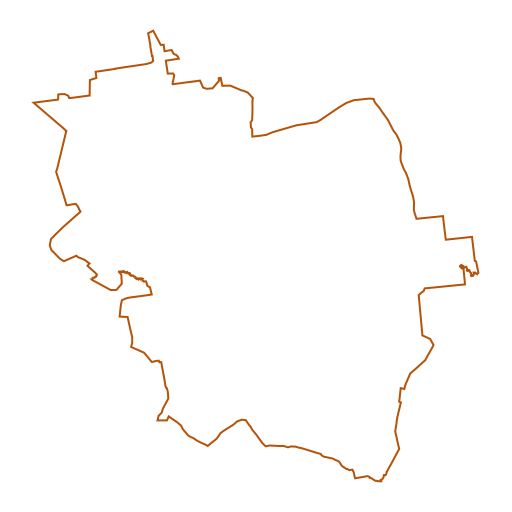 Balgales pag., Talsi, Latvia
{"feature_id": "27541924B95620316130536", "entity_name": "Balgales pag.", "entity_type": "district", "adm_level": 2, "iso_a3": "LVA", "parent_name": "Latvia", "parent_adm1": "Talsi", "projection": "mercator", "projection_center": [22.867, 57.183], "detail": "fine", "context": "isolated", "style": "outline", "palette": "amber", "viewbox_px": 512, "rotation_deg": 0, "n_neighbors": 0, "source": "geoboundaries", "source_scale": "gbopen_adm2", "svg_char_len": 5901}
<svg xmlns="http://www.w3.org/2000/svg" viewBox="0 0 512 512"><path d="M121.9,300.2L120.9,304.8L119.6,316.6L127.6,317.0L130.5,330.2L132.2,336.9L132.2,342.9L131.1,347.0L144.1,352.7L151.8,362.0L156.5,360.9L158.8,360.7L159.4,362.3L161.2,362.1L164.5,379.9L165.3,385.2L166.0,387.6L166.8,388.1L167.8,391.6L168.3,398.6L162.8,408.8L161.7,412.7L158.6,415.8L157.5,420.4L167.0,420.4L168.7,416.4L177.2,422.3L181.2,425.7L182.6,428.8L184.6,431.3L186.1,432.9L187.5,434.9L190.6,437.0L193.2,438.0L196.5,440.3L199.8,442.1L206.6,445.2L207.7,446.0L211.7,442.6L216.0,439.3L217.5,437.6L219.5,434.7L220.3,433.3L223.5,430.9L233.4,424.7L237.0,421.5L241.7,419.7L245.9,420.2L246.8,421.7L248.5,424.2L250.6,426.7L252.2,429.7L256.3,434.7L261.1,441.4L262.8,443.6L265.7,446.3L269.4,445.5L279.2,446.0L283.7,445.9L283.8,446.0L287.9,447.3L291.8,446.3L292.9,446.6L295.5,446.6L297.2,447.2L302.1,448.3L317.2,453.0L320.7,453.9L321.4,455.1L323.8,456.7L329.4,457.8L330.2,458.2L332.4,458.4L335.2,459.9L338.6,461.2L340.1,462.9L341.3,465.2L342.7,466.6L344.2,467.4L346.6,469.1L347.2,468.9L349.3,470.1L352.4,469.7L353.7,472.3L354.7,476.9L355.1,478.3L367.7,476.1L369.7,477.1L370.4,477.9L370.3,478.0L371.7,478.4L375.3,480.8L376.4,480.7L377.9,481.2L381.2,481.3L380.7,480.0L382.0,479.5L382.6,478.8L383.4,477.5L383.8,475.8L383.8,475.1L384.0,475.0L384.8,475.3L385.1,475.3L385.2,475.0L385.6,475.0L385.9,474.8L386.4,473.5L386.4,472.9L386.8,472.0L386.8,471.5L387.2,471.2L388.7,468.2L390.4,465.3L399.2,448.9L398.0,444.0L396.4,436.5L395.2,431.4L396.5,423.5L396.5,422.8L396.8,420.4L397.5,416.4L400.9,402.4L399.2,401.8L400.7,388.1L404.3,389.0L405.4,384.8L410.2,373.5L415.9,368.6L423.4,361.8L425.0,360.5L432.4,347.3L433.5,345.0L430.2,339.0L422.4,335.4L418.7,295.0L421.1,292.9L423.7,291.0L423.9,290.4L424.7,288.4L465.0,284.4L463.5,268.6L461.9,268.5L460.0,266.5L460.0,266.2L460.5,266.1L460.6,265.6L461.2,265.3L461.2,265.0L461.5,264.9L462.2,265.6L462.8,265.8L462.4,266.3L462.7,266.7L462.9,266.8L463.3,266.5L463.6,266.7L463.5,267.0L462.8,267.2L462.7,267.4L463.7,268.0L465.2,267.2L465.6,267.2L465.9,266.8L466.2,266.7L466.5,267.0L466.8,268.3L467.1,268.9L467.2,269.6L466.9,270.1L466.9,270.5L467.3,270.9L467.8,271.0L468.1,270.3L468.3,270.3L468.4,270.0L469.0,269.9L469.4,270.2L469.5,270.8L469.8,271.1L470.0,271.6L469.9,272.0L471.0,273.0L471.0,274.1L471.2,274.7L471.5,274.6L471.8,274.6L471.9,275.1L471.7,275.4L471.1,275.6L471.3,276.1L471.8,276.1L473.3,275.6L474.1,273.8L474.0,273.4L474.1,273.2L473.8,272.8L473.7,272.6L475.1,272.5L475.8,273.1L476.2,273.7L477.1,274.2L477.3,273.5L478.4,272.9L476.1,261.4L474.8,260.9L472.0,236.9L445.8,239.7L444.2,226.9L443.0,216.1L416.5,218.8L414.7,213.3L414.0,210.7L413.8,209.4L414.1,202.5L413.5,198.8L412.8,195.6L410.6,188.9L409.5,184.8L408.3,179.1L405.9,172.8L403.8,169.1L401.1,162.1L400.6,160.2L400.5,157.7L400.6,154.4L401.2,150.1L401.2,149.3L401.1,147.0L400.2,142.6L398.1,137.9L396.3,134.4L393.6,130.9L391.5,127.0L387.9,119.9L382.8,112.9L379.2,107.6L375.6,103.3L374.7,101.9L374.1,100.5L373.6,98.9L369.1,98.6L353.8,100.2L346.2,103.0L339.1,107.3L320.7,119.8L316.8,122.1L296.4,125.3L272.6,132.2L266.2,134.9L258.2,136.0L252.3,136.6L252.2,129.2L251.0,127.6L250.6,122.4L252.2,120.1L252.5,109.4L252.4,101.2L252.6,101.0L252.6,98.0L252.8,97.9L247.7,92.5L243.3,90.7L241.3,90.3L230.3,85.6L222.3,85.8L220.7,77.9L218.7,78.2L219.1,80.7L212.6,88.3L206.6,88.8L203.1,87.6L200.0,80.6L172.8,84.2L172.5,83.5L174.3,75.3L173.2,73.5L167.8,73.6L166.6,65.8L165.8,60.7L178.8,58.7L177.8,56.5L176.1,54.9L173.6,53.9L171.6,50.0L164.6,51.2L164.4,50.3L163.7,44.8L160.7,44.9L153.2,30.7L148.1,33.3L149.4,39.4L149.4,40.1L149.6,41.4L150.4,44.8L150.3,46.3L152.0,56.1L152.5,56.0L153.1,60.8L153.1,61.1L150.8,62.8L146.0,64.1L125.5,67.1L115.1,68.7L115.1,68.9L95.6,71.8L96.4,78.0L89.9,80.0L89.6,94.8L89.7,95.5L71.4,97.9L69.2,98.1L68.9,97.5L68.8,97.0L68.3,95.8L64.8,94.1L61.2,94.1L58.2,94.5L58.2,98.8L58.0,99.6L33.6,102.7L57.8,123.5L63.4,128.2L63.3,128.3L66.4,131.0L65.9,131.9L66.0,132.1L57.1,169.0L56.1,171.7L58.0,177.8L61.0,186.8L66.6,205.3L75.2,203.9L75.9,204.0L78.1,207.0L78.8,208.3L79.0,209.3L79.5,209.9L80.5,211.7L72.2,219.0L71.8,219.4L63.7,226.5L55.0,234.9L50.9,239.2L49.8,245.6L49.9,246.0L51.4,250.0L60.0,258.8L63.9,261.2L76.4,255.7L77.2,256.6L77.9,257.1L83.8,259.5L85.5,260.4L88.3,262.7L89.5,263.4L87.5,265.8L91.5,269.5L94.9,272.4L96.5,274.2L96.8,274.3L96.7,274.9L96.8,275.2L96.7,275.4L96.2,276.0L95.8,276.3L96.0,276.6L95.8,276.7L95.6,276.6L95.2,276.9L94.6,277.6L94.4,277.5L94.1,277.7L92.9,277.7L92.8,277.8L93.1,278.0L92.7,278.3L92.5,278.7L92.5,278.9L92.2,279.1L92.3,279.5L92.2,279.6L91.8,279.6L92.1,279.9L110.8,290.1L114.9,290.0L116.6,289.8L121.8,283.6L121.3,274.7L118.9,271.9L119.1,271.6L119.4,271.8L119.8,271.5L120.6,271.6L121.2,271.5L121.4,272.1L122.0,272.0L121.8,271.6L122.2,271.6L122.4,272.1L123.0,272.3L123.3,272.1L123.0,271.8L123.4,271.5L123.2,271.1L123.7,271.0L123.9,271.3L123.8,271.5L124.0,272.2L124.8,272.6L125.2,272.5L125.1,272.2L125.3,272.1L125.6,272.5L126.3,273.0L126.6,272.6L126.7,272.2L126.8,272.0L127.1,271.9L127.3,272.3L127.1,272.5L128.0,273.1L128.0,273.4L128.3,273.6L128.7,273.6L129.0,272.9L129.6,273.1L129.7,273.4L130.0,273.5L129.8,274.4L130.0,274.4L129.9,274.8L130.0,275.0L130.6,274.9L131.4,275.3L131.7,275.3L132.1,275.5L131.9,275.8L132.2,275.8L132.6,275.6L133.0,275.5L133.5,275.8L134.0,276.2L133.9,276.6L134.0,276.7L134.4,276.6L135.0,276.7L135.7,277.3L135.7,277.6L136.1,277.9L135.8,278.2L136.3,278.4L136.4,278.7L136.7,278.6L136.7,278.8L136.9,279.0L137.3,278.4L137.7,278.4L137.5,278.7L137.8,278.9L138.8,278.4L139.1,278.5L139.1,278.9L139.4,278.6L139.7,279.0L140.3,278.8L140.5,279.1L140.6,278.9L140.5,278.7L140.9,278.4L141.1,278.7L141.4,278.8L141.8,279.1L141.9,278.9L141.8,278.5L142.2,278.5L142.7,278.7L142.5,278.9L142.6,280.3L142.5,280.6L142.9,280.7L143.4,281.3L143.7,281.2L144.1,281.6L144.6,281.4L146.1,281.4L147.5,286.0L150.0,287.3L151.7,294.5L147.4,295.2L130.0,297.5L126.6,298.2L121.9,300.2Z" fill="none" stroke="#b45309" stroke-width="2"/></svg>